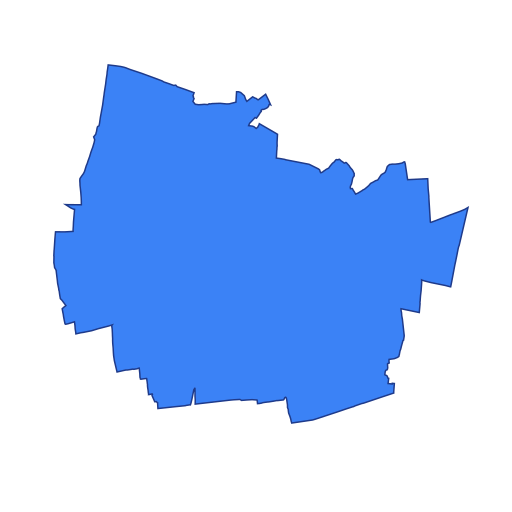 Mihail Kogalniceanu, Tulcea, Romania, rotated 189°
{"feature_id": "2599482B55110090687789", "entity_name": "Mihail Kogalniceanu", "entity_type": "district", "adm_level": 2, "iso_a3": "ROU", "parent_name": "Romania", "parent_adm1": "Tulcea", "projection": "mercator", "projection_center": [28.734, 45.026], "detail": "fine", "context": "isolated", "style": "filled", "palette": "blue", "viewbox_px": 512, "rotation_deg": 189, "n_neighbors": 0, "source": "geoboundaries", "source_scale": "gbopen_adm2", "svg_char_len": 6044}
<svg xmlns="http://www.w3.org/2000/svg" viewBox="0 0 512 512"><g transform="rotate(189 256 256)"><path d="M439.2,173.6L438.6,171.9L437.7,169.4L437.4,168.7L436.6,166.1L435.1,161.9L434.0,159.1L433.4,158.8L431.0,159.7L425.0,162.6L423.9,158.9L423.2,155.7L422.2,152.7L421.7,150.9L417.0,152.8L414.7,153.5L406.6,156.5L400.3,159.6L390.8,163.7L387.3,165.4L387.5,165.0L387.6,164.5L386.6,161.3L386.1,158.9L385.6,156.5L385.4,155.3L384.6,151.6L384.5,150.6L383.9,147.5L382.7,142.8L381.7,138.1L381.1,135.5L379.5,130.4L375.1,119.7L369.1,122.1L366.8,123.0L365.2,123.3L363.9,123.7L361.7,124.4L360.0,125.0L358.9,125.0L356.8,125.7L355.8,126.0L354.7,126.7L353.8,127.0L352.3,121.4L351.6,118.0L351.0,116.9L350.9,116.4L350.6,116.3L350.1,116.4L346.9,117.4L344.9,117.9L344.6,117.4L344.5,116.8L343.8,114.6L343.4,113.1L343.0,111.9L342.9,110.9L342.4,109.0L341.6,106.6L341.0,104.3L340.4,102.6L340.4,102.3L339.3,102.6L338.4,103.0L337.8,103.3L336.9,103.5L336.7,103.3L336.6,103.1L336.9,102.4L336.9,102.0L336.6,101.5L333.2,96.2L331.6,96.6L330.5,95.6L330.2,95.6L329.8,93.5L329.0,90.0L311.6,94.7L302.4,97.1L301.6,97.5L297.9,98.7L297.5,98.7L297.2,100.6L296.9,104.7L296.5,114.2L296.0,115.2L295.7,116.3L295.1,112.9L294.3,108.0L293.5,104.4L292.9,100.2L259.1,109.6L255.5,110.5L249.5,111.8L248.8,111.6L247.8,111.1L242.4,112.4L237.4,113.5L232.7,113.9L232.3,113.8L231.4,110.4L229.4,110.9L227.2,111.7L226.6,112.1L224.8,112.7L222.1,113.5L220.5,113.9L216.2,115.3L212.8,116.5L211.9,116.6L208.0,117.7L206.5,118.1L206.1,118.5L205.8,119.3L205.4,120.6L204.8,121.1L204.5,121.1L203.9,120.6L203.1,118.6L201.6,113.8L201.2,111.3L200.1,109.4L199.9,108.3L199.2,106.0L197.3,102.7L196.1,100.2L195.5,98.5L194.6,96.6L174.4,102.9L172.1,104.0L161.6,109.4L151.3,114.7L142.8,119.2L136.9,122.2L136.1,122.5L134.7,123.5L128.5,126.8L126.7,127.5L110.5,136.0L98.5,142.2L98.7,143.1L99.4,151.7L101.5,151.6L101.5,150.9L105.6,150.7L105.8,155.9L106.6,156.0L107.7,158.0L108.6,158.5L109.8,158.6L110.2,159.0L110.3,162.0L110.0,163.2L109.4,163.8L108.7,164.1L108.5,164.7L108.4,166.1L109.2,169.8L109.2,170.2L108.9,170.5L108.1,170.8L107.7,171.2L108.2,172.8L108.4,174.7L104.7,175.8L103.2,176.3L100.5,177.9L99.2,179.1L99.1,180.6L99.0,181.2L99.0,182.3L98.9,184.9L98.5,186.7L98.3,189.3L97.6,195.6L97.1,195.9L97.1,199.7L97.2,200.7L101.5,216.4L102.7,219.8L103.4,222.8L104.2,224.9L104.5,226.6L85.9,225.7L86.5,234.5L86.9,236.3L86.8,237.2L86.9,237.7L87.3,242.5L87.5,247.5L88.0,253.4L88.3,256.4L88.7,258.3L88.0,258.1L85.3,257.7L78.8,257.1L64.4,256.5L59.5,256.0L58.9,256.0L58.7,261.0L58.2,278.4L58.0,281.7L57.7,288.6L57.5,294.6L57.3,297.0L57.0,298.2L56.4,306.4L54.2,337.1L57.0,334.8L58.9,333.6L61.5,332.0L70.5,327.0L85.2,318.4L88.5,316.6L88.8,316.5L89.0,316.6L89.1,316.8L93.6,337.0L94.2,339.8L94.5,341.1L94.6,342.0L96.5,349.4L98.5,359.2L118.2,355.1L123.0,370.4L123.9,372.2L124.5,372.1L126.2,370.7L129.6,369.4L132.9,368.5L135.6,368.1L138.5,367.2L140.3,365.0L140.7,362.8L140.7,362.0L141.1,360.5L141.6,358.8L142.5,357.9L144.3,356.5L145.2,355.5L147.5,350.4L148.0,349.9L149.7,349.1L151.6,347.5L154.2,345.6L155.6,343.2L157.2,341.3L159.4,338.8L160.5,338.2L161.4,337.2L165.1,334.1L167.3,332.7L168.2,333.8L168.5,334.2L170.2,336.1L171.2,337.4L171.5,337.7L172.0,337.6L173.2,337.3L173.7,338.6L173.6,340.1L173.0,341.9L172.8,344.2L172.7,347.3L172.5,348.5L172.4,348.9L171.8,349.9L171.6,350.5L171.6,351.0L171.8,351.7L171.8,352.6L172.0,352.9L173.2,354.7L173.7,355.4L174.5,356.3L175.9,357.4L177.3,358.7L178.1,359.7L181.2,362.2L181.6,362.4L182.0,362.4L183.0,361.6L183.7,361.7L184.9,362.4L187.1,363.4L187.8,364.0L188.5,364.4L189.0,364.6L189.5,364.2L190.0,363.9L190.6,363.8L191.2,363.9L191.5,363.8L191.8,363.7L192.1,363.5L192.3,363.2L193.7,360.8L194.5,360.1L195.1,359.4L196.7,356.7L198.0,354.1L199.9,352.8L200.8,352.0L201.4,351.3L202.6,350.3L203.3,349.4L203.7,349.1L204.7,348.5L205.2,348.4L206.1,349.8L206.3,350.3L206.7,351.1L208.0,351.7L208.0,351.8L217.9,354.9L241.8,355.7L242.5,355.9L247.0,356.0L251.2,355.9L252.0,363.3L252.0,364.2L252.3,366.8L252.3,368.0L252.8,370.4L253.0,371.7L253.8,379.6L256.8,380.8L273.4,387.2L273.5,386.3L274.5,383.4L275.8,382.0L278.3,383.4L279.9,383.7L283.7,383.6L283.1,386.0L278.6,392.6L277.1,392.2L275.5,395.3L274.3,398.2L273.4,399.7L273.8,400.6L272.9,401.7L271.4,402.0L269.7,403.0L268.2,404.1L267.4,405.1L266.9,406.3L266.7,407.7L266.3,408.0L265.3,407.7L268.2,412.2L271.8,417.3L278.0,410.8L278.3,410.6L278.9,410.7L280.2,411.5L280.8,411.7L281.7,411.8L284.2,412.7L289.2,407.3L290.6,408.9L292.6,412.5L296.7,415.1L298.9,415.5L300.9,415.2L299.9,404.8L306.2,402.1L308.7,401.6L315.3,401.2L323.0,399.7L325.1,399.0L326.1,399.0L326.4,398.8L326.8,398.4L327.4,398.0L330.9,397.7L333.7,397.0L336.5,396.4L338.8,396.4L339.5,396.3L339.8,396.4L342.5,398.8L341.8,401.8L342.7,402.9L342.7,403.5L343.3,404.3L342.7,407.6L351.8,409.4L360.4,410.9L362.0,412.2L363.9,411.6L366.1,412.0L368.5,412.5L374.3,413.5L376.0,414.2L378.3,414.7L397.3,418.5L409.4,420.5L412.7,421.2L413.9,421.5L416.1,421.8L419.4,422.0L424.9,421.9L431.9,421.6L431.8,417.7L431.8,414.5L431.6,412.3L431.6,406.9L431.4,402.4L431.4,393.9L431.3,391.2L431.3,389.3L431.1,381.1L431.2,376.8L431.3,372.2L431.4,369.0L431.3,362.3L431.4,360.8L431.3,359.9L431.2,359.9L432.3,359.4L432.7,359.0L432.9,358.1L433.0,356.5L433.0,353.9L433.2,352.9L433.3,351.2L435.0,348.3L434.0,346.5L433.5,345.6L433.6,343.0L434.3,337.7L434.7,335.8L435.3,332.6L435.9,328.1L436.8,323.5L437.1,321.3L437.8,318.4L438.5,313.3L438.8,311.9L439.5,310.0L440.7,307.7L441.7,305.6L442.0,304.7L441.8,302.8L441.5,301.4L441.3,300.6L440.9,298.4L439.0,291.4L437.8,286.3L437.1,282.8L436.5,279.3L438.9,278.9L441.6,278.5L445.7,277.9L450.4,277.2L452.1,277.0L446.2,274.4L443.6,273.7L442.5,273.7L441.6,261.1L441.1,256.8L440.8,253.6L440.5,251.7L448.2,250.0L457.8,248.5L457.8,248.4L457.3,241.5L456.3,230.5L456.3,229.9L455.7,224.4L455.5,224.1L454.6,217.7L453.7,215.1L453.1,213.0L451.9,211.6L450.9,210.1L451.0,209.9L448.4,200.8L447.7,198.1L445.7,192.7L445.5,191.8L444.8,190.3L444.5,189.2L444.0,187.5L443.3,185.4L442.7,183.7L442.6,183.3L440.6,181.8L436.0,177.3L436.6,176.6L437.4,175.8L439.2,173.6Z" fill="#3b82f6" stroke="#1e3a8a" stroke-width="1.5"/></g></svg>